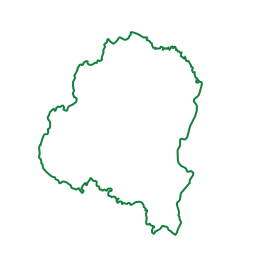 Chernihiv, Equal Earth projection, rotated 108°
{"feature_id": "UKR-285", "entity_name": "Chernihiv", "entity_type": "Region", "adm_level": 1, "iso_a3": "UKR", "parent_name": "Ukraine", "parent_adm1": "", "projection": "equal_earth", "projection_center": [32.067, 51.356], "detail": "fine", "context": "isolated", "style": "outline", "palette": "green", "viewbox_px": 256, "rotation_deg": 108, "n_neighbors": 0, "source": "natural_earth", "source_scale": "10m", "svg_char_len": 5814}
<svg xmlns="http://www.w3.org/2000/svg" viewBox="0 0 256 256"><g transform="rotate(108 128 128)"><path d="M96.1,67.8L106.9,69.5L117.8,68.9L119.8,69.2L121.3,70.3L121.6,71.6L121.6,73.0L121.9,74.2L123.0,74.7L124.1,74.6L127.4,73.3L129.6,73.1L133.3,73.9L134.5,73.8L143.0,70.7L145.7,69.0L147.5,66.0L148.3,61.3L148.9,59.9L150.9,58.6L151.2,57.8L151.0,57.1L149.8,55.5L149.5,54.6L150.4,52.0L152.9,51.6L158.2,53.1L161.2,52.4L173.4,57.4L175.2,57.4L178.9,56.6L180.7,56.6L181.8,57.0L183.6,58.1L184.7,58.2L185.8,57.8L192.2,53.4L193.3,53.0L193.8,53.0L194.7,53.3L195.2,53.2L195.7,52.8L196.4,51.7L198.2,51.1L200.6,49.0L201.6,48.4L202.4,48.3L208.4,49.2L212.4,49.2L213.5,49.4L215.0,50.2L214.3,51.9L214.0,53.6L212.9,55.1L212.5,57.7L211.9,58.5L210.3,59.7L210.0,60.7L210.5,65.1L213.8,66.1L215.2,67.2L216.4,68.4L217.1,69.0L217.9,70.1L220.4,70.4L220.5,70.9L220.3,71.8L219.9,72.6L219.6,73.0L217.9,73.5L216.4,73.6L215.3,73.5L214.5,72.5L213.9,72.6L213.5,73.3L213.5,76.2L213.1,77.1L212.3,77.7L212.3,77.9L212.7,78.1L213.7,79.4L213.8,80.2L213.2,81.2L209.7,82.1L208.3,82.2L207.4,82.6L204.4,84.4L201.7,84.2L200.5,84.5L200.9,85.4L200.9,86.0L199.3,86.3L198.1,88.7L196.9,89.2L196.1,89.8L195.0,91.3L194.4,93.2L194.8,94.8L195.9,97.2L196.3,97.8L196.7,98.3L200.1,101.0L200.1,101.9L199.1,102.9L199.0,103.8L199.2,104.5L200.4,105.2L200.7,108.7L201.0,109.1L201.8,109.7L202.0,110.1L201.9,110.3L200.5,110.8L200.2,111.0L200.1,111.5L200.2,112.5L200.6,113.4L202.1,114.4L202.3,114.9L201.0,116.3L198.3,115.3L198.3,115.5L198.8,117.1L198.9,117.7L198.3,118.4L197.7,118.7L197.5,119.0L197.5,119.6L197.8,120.9L198.9,122.3L198.3,123.3L198.2,123.7L198.4,125.2L197.9,126.0L197.1,126.4L195.7,126.6L194.6,126.5L193.8,126.1L193.0,124.6L192.1,124.3L191.5,124.5L190.9,125.5L190.9,126.1L192.2,128.4L192.5,128.6L193.8,128.7L194.2,129.0L194.3,129.8L193.9,131.3L194.1,131.7L195.4,132.8L195.4,133.0L194.9,133.9L194.8,134.3L195.2,135.3L195.2,135.9L194.7,136.4L192.9,137.1L192.7,137.9L192.8,139.3L192.6,139.9L192.3,140.1L192.0,140.3L188.8,141.2L188.6,141.5L188.5,141.9L188.5,143.0L189.0,144.5L188.7,145.3L187.2,147.4L187.1,147.9L187.4,148.1L189.8,148.6L192.2,149.5L193.0,149.6L194.6,149.4L195.0,149.7L195.0,150.3L193.7,151.2L193.6,151.4L193.7,151.7L194.2,152.1L196.2,153.0L199.4,153.6L199.8,153.5L200.3,153.2L201.5,151.0L201.7,150.8L203.5,151.2L203.8,151.4L203.8,151.7L202.4,154.1L200.7,155.8L200.6,156.4L200.8,156.7L202.5,158.1L202.6,158.6L202.4,159.4L202.5,162.1L202.2,163.1L201.7,163.8L200.7,164.3L200.2,164.9L198.8,169.5L198.7,170.3L198.7,171.8L198.9,173.2L199.7,174.1L201.3,175.1L201.5,175.4L201.5,175.9L201.4,176.4L200.8,177.0L199.9,177.6L199.3,178.5L199.1,180.6L198.9,181.3L197.6,182.2L197.5,182.5L197.8,184.3L197.7,185.2L197.1,187.1L195.0,192.1L192.7,195.9L191.8,196.8L189.5,197.7L188.8,198.4L188.4,199.4L188.1,199.6L186.7,200.1L185.3,200.8L184.6,201.5L183.9,203.1L183.3,203.6L179.5,204.1L174.1,206.5L171.9,206.5L171.5,206.4L171.3,205.9L170.9,205.8L167.9,206.1L161.5,205.9L159.9,205.4L159.5,204.9L158.8,203.0L158.4,202.7L157.6,202.5L156.3,202.6L154.4,203.7L154.0,203.8L153.8,203.7L152.7,202.7L152.1,202.5L150.5,202.5L146.6,204.0L145.7,204.8L144.5,206.5L143.8,207.1L142.5,207.7L141.8,207.6L141.0,207.1L137.2,207.1L133.5,205.3L133.1,204.9L132.7,204.5L134.0,203.3L134.1,203.1L134.1,202.7L133.7,202.3L131.2,202.3L129.8,201.6L129.2,200.9L129.0,199.1L128.6,198.6L127.1,197.6L126.9,197.2L126.8,196.8L126.9,196.5L128.1,195.2L128.6,195.0L130.0,195.2L130.4,194.9L130.6,194.3L130.7,193.2L130.6,192.1L130.3,191.6L129.9,191.4L127.3,191.4L126.1,191.2L125.0,190.3L122.8,187.8L119.5,185.6L119.0,185.4L117.6,185.5L116.3,185.8L115.8,186.1L115.6,187.2L115.0,188.1L115.0,189.1L113.9,189.7L112.8,191.0L112.1,191.1L109.6,190.9L108.9,191.0L108.3,191.3L107.3,192.3L105.7,192.7L104.8,193.5L104.3,193.8L102.8,193.8L101.7,194.4L101.0,194.5L97.0,193.8L96.4,193.9L94.9,195.2L89.9,194.2L88.7,194.1L87.8,194.1L86.4,194.5L85.0,193.9L83.1,193.6L82.5,193.0L82.2,192.5L82.3,191.4L82.1,190.6L81.7,190.5L79.6,190.3L77.5,188.7L77.2,188.2L77.2,187.6L77.5,186.8L78.4,186.7L78.9,186.5L79.6,185.4L79.8,184.5L79.3,182.6L78.8,181.6L78.4,181.2L76.0,179.4L75.9,178.1L75.6,177.9L73.4,177.6L73.0,177.4L72.9,177.2L73.2,176.0L73.1,175.7L72.6,175.3L71.9,174.2L71.6,174.0L70.9,173.9L69.6,174.6L68.6,174.8L63.7,174.6L63.1,174.8L62.1,175.5L61.7,175.6L58.0,174.9L57.4,175.2L56.6,176.1L55.7,176.4L55.1,176.1L54.3,175.3L53.1,174.6L52.6,174.5L50.8,174.9L50.1,174.9L49.6,174.5L49.7,174.0L50.7,172.5L51.7,170.5L52.3,167.9L51.5,167.2L49.5,165.9L45.5,164.6L44.5,164.1L44.3,163.6L44.3,162.6L44.8,161.0L45.1,158.9L44.8,157.5L44.2,156.7L42.7,155.5L42.1,155.3L39.9,155.0L38.4,154.2L37.8,154.3L36.9,154.9L36.3,154.9L36.0,154.7L35.7,154.2L35.5,151.8L35.7,147.0L37.0,142.0L37.0,141.3L36.8,140.2L36.1,138.6L36.1,137.8L36.6,137.6L38.2,137.6L38.6,137.3L38.7,137.0L38.5,136.4L38.7,134.4L40.0,132.7L40.1,131.6L42.0,130.5L43.8,129.0L43.4,126.8L44.3,126.6L44.2,126.2L43.5,125.3L42.9,123.1L42.6,122.5L41.9,122.1L40.7,121.9L40.5,120.9L40.6,119.9L41.1,119.4L41.8,119.2L42.6,119.3L42.6,118.7L41.3,118.2L40.8,117.6L40.5,116.6L40.9,116.0L40.6,115.4L39.2,114.4L40.1,113.7L40.6,112.8L39.5,112.4L37.5,112.0L36.8,111.2L36.8,110.7L37.6,110.3L38.1,110.1L38.1,109.7L36.3,108.6L36.3,108.0L38.1,106.7L38.9,106.4L38.5,105.4L39.8,104.3L39.4,103.2L40.2,101.5L39.8,100.5L40.6,100.3L42.5,100.2L43.2,100.0L43.6,99.2L43.9,97.4L44.6,96.8L44.6,96.2L44.1,96.1L42.9,95.7L43.6,95.0L45.0,94.3L46.1,93.4L46.1,92.2L45.6,91.4L45.6,91.1L48.2,88.4L48.9,87.4L50.2,86.9L50.4,85.5L50.6,85.0L51.1,84.8L53.0,85.0L53.5,84.8L54.9,83.4L54.9,82.8L54.6,82.5L54.4,81.8L56.2,81.2L57.9,80.3L59.2,79.1L59.3,77.9L60.3,77.1L60.7,77.0L61.0,77.1L61.4,77.6L63.0,77.5L63.6,76.5L63.0,75.4L61.2,75.3L62.0,73.7L61.7,72.4L62.7,71.6L64.2,71.2L72.7,70.8L75.1,71.0L76.6,71.7L79.4,73.6L80.9,74.0L82.3,73.5L83.3,72.2L84.3,70.7L85.6,69.4L90.4,67.9L96.1,67.8Z" fill="none" stroke="#15803d" stroke-width="2"/></g></svg>